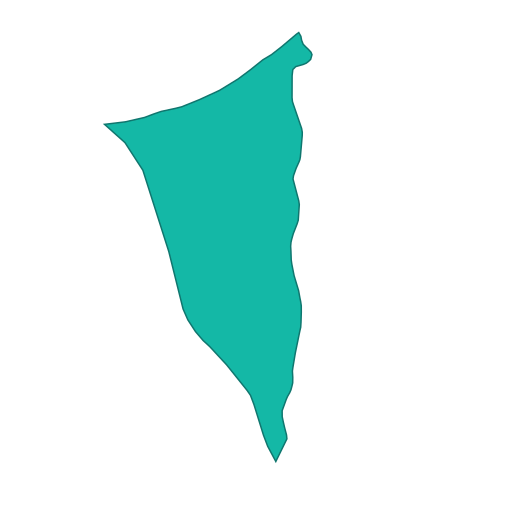 San Sebastián, Retalhuleu, Guatemala (Albers equal-area conic projection), rotated 344°
{"feature_id": "79465075B80062128439556", "entity_name": "San Sebastián", "entity_type": "district", "adm_level": 2, "iso_a3": "GTM", "parent_name": "Guatemala", "parent_adm1": "Retalhuleu", "projection": "albers", "projection_center": [-91.644, 14.559], "detail": "fine", "context": "isolated", "style": "filled", "palette": "teal", "viewbox_px": 512, "rotation_deg": 344, "n_neighbors": 0, "source": "geoboundaries", "source_scale": "gbopen_adm2", "svg_char_len": 1328}
<svg xmlns="http://www.w3.org/2000/svg" viewBox="0 0 512 512"><g transform="rotate(344 256 256)"><path d="M218.4,459.0L235.3,440.3L236.0,436.5L236.2,428.6L236.4,424.8L236.6,421.4L236.9,417.7L238.5,411.9L245.6,402.1L247.6,399.7L250.7,396.7L252.7,394.3L254.5,391.3L256.3,388.1L257.9,382.8L259.3,376.6L260.7,373.4L267.1,360.0L277.5,340.1L279.3,336.9L281.0,332.1L282.3,328.0L284.1,322.4L285.8,316.3L286.4,311.9L286.6,308.9L287.4,301.1L287.2,285.4L287.7,279.4L288.2,273.6L288.8,269.4L290.9,261.0L292.0,256.2L293.4,252.5L294.9,249.8L296.5,247.2L298.0,244.8L304.4,236.4L306.5,233.2L311.8,218.5L312.3,214.8L312.8,192.2L314.2,189.1L318.7,182.8L323.1,177.6L324.7,175.5L326.0,172.9L333.7,152.8L334.6,149.8L335.0,145.9L333.7,120.7L333.6,117.6L334.3,113.7L340.4,92.7L342.8,86.9L346.4,84.9L354.2,84.9L357.4,84.5L360.0,83.5L362.7,82.1L365.3,77.9L365.0,75.2L363.3,71.8L361.4,68.6L359.7,65.4L359.3,61.2L359.7,57.2L358.7,53.0L356.1,53.9L338.3,61.9L326.4,66.7L316.7,69.3L302.1,75.4L287.6,80.9L266.7,86.7L244.8,90.1L225.7,92.1L219.6,91.9L204.8,90.9L196.7,91.3L187.0,92.1L167.2,91.0L146.7,87.7L153.3,98.2L161.3,110.9L170.9,142.4L173.4,227.7L171.3,286.8L172.9,298.6L177.0,312.0L181.9,322.7L186.6,330.4L197.8,352.6L210.3,382.5L212.3,388.4L213.1,398.2L213.8,430.3L214.8,442.2L218.4,459.0Z" fill="#14b8a6" stroke="#0f766e" stroke-width="1.5"/></g></svg>